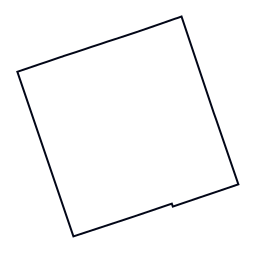 Bourbon, Kansas, United States of America (Albers equal-area conic projection), rotated 251°
{"feature_id": "52423323B75737020105593", "entity_name": "Bourbon", "entity_type": "district", "adm_level": 2, "iso_a3": "USA", "parent_name": "United States of America", "parent_adm1": "Kansas", "projection": "albers", "projection_center": [-94.721, 37.855], "detail": "fine", "context": "isolated", "style": "outline", "palette": "ink", "viewbox_px": 256, "rotation_deg": 251, "n_neighbors": 0, "source": "geoboundaries", "source_scale": "gbopen_adm2", "svg_char_len": 614}
<svg xmlns="http://www.w3.org/2000/svg" viewBox="0 0 256 256"><g transform="rotate(251 128 128)"><path d="M38.8,214.0L107.3,214.1L114.4,214.0L216.0,214.9L215.9,210.6L216.0,208.5L216.0,208.0L216.0,206.8L215.9,191.5L215.9,188.0L215.9,167.4L216.2,145.2L216.4,136.6L216.4,132.9L216.4,129.9L216.5,124.4L216.6,120.0L216.6,117.2L216.6,113.2L216.7,106.0L216.7,103.8L216.8,99.3L217.0,90.6L216.9,89.4L217.0,87.5L217.0,85.8L217.0,83.1L217.0,82.4L217.0,73.1L217.1,65.1L217.1,62.9L217.2,41.7L43.3,41.1L42.4,103.4L42.2,144.8L39.1,144.8L39.0,172.6L38.9,186.4L38.8,214.0Z" fill="none" stroke="#020617" stroke-width="2"/></g></svg>